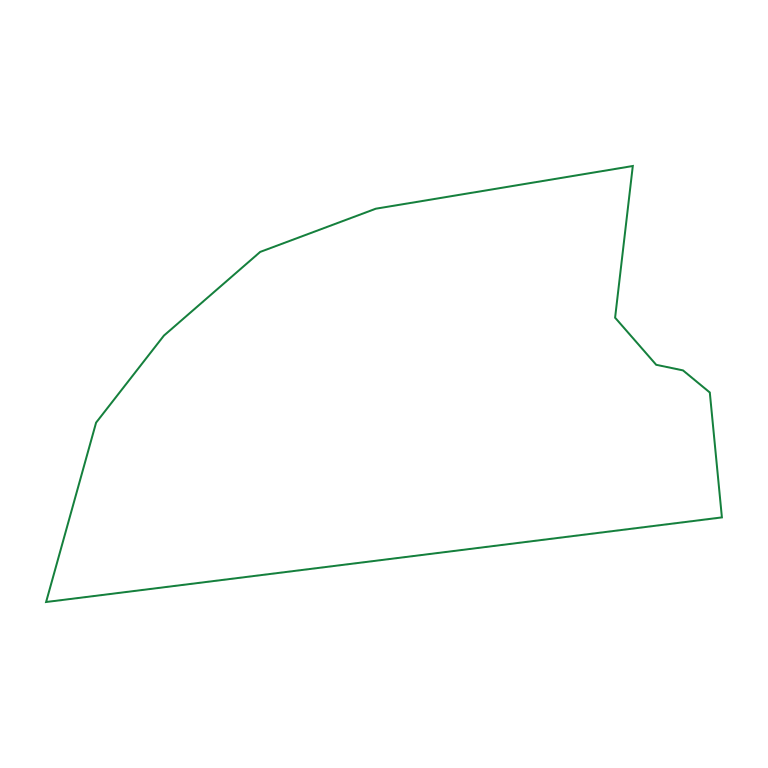 an SVG outline of Littoral
{"feature_id": "BEN-2175", "entity_name": "Littoral", "entity_type": "Department", "adm_level": 1, "iso_a3": "BEN", "parent_name": "Benin", "parent_adm1": "", "projection": "equal_earth", "projection_center": [2.438, 6.366], "detail": "fine", "context": "isolated", "style": "outline", "palette": "green", "viewbox_px": 768, "rotation_deg": 0, "n_neighbors": 0, "source": "natural_earth", "source_scale": "10m", "svg_char_len": 269}
<svg xmlns="http://www.w3.org/2000/svg" viewBox="0 0 768 768"><path d="M721.9,517.4L46.1,602.0L96.1,422.6L163.9,335.6L260.2,251.9L375.8,208.7L632.8,166.0L615.1,317.7L656.2,364.8L683.0,370.4L709.8,392.5L721.9,517.4Z" fill="none" stroke="#15803d" stroke-width="2"/></svg>